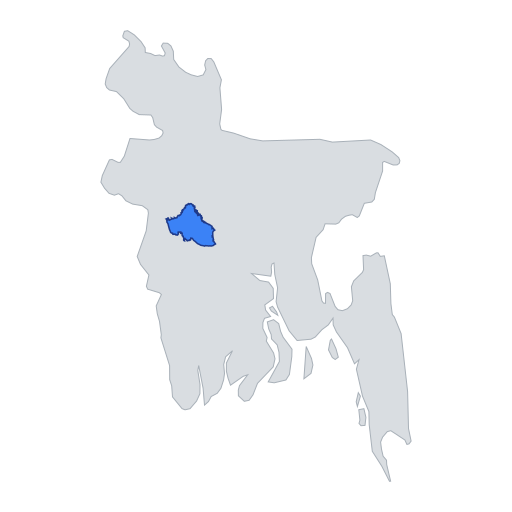 Pabna, Rajshahi, Bangladesh shown in context
{"feature_id": "16705992B46384724638491", "entity_name": "Pabna", "entity_type": "district", "adm_level": 2, "iso_a3": "BGD", "parent_name": "Bangladesh", "parent_adm1": "Rajshahi", "projection": "robinson", "projection_center": [89.41, 24.081], "detail": "fine", "context": "in_parent", "style": "filled", "palette": "blue", "viewbox_px": 512, "rotation_deg": 0, "n_neighbors": 0, "source": "geoboundaries", "source_scale": "gbopen_adm2", "svg_char_len": 9085}
<svg xmlns="http://www.w3.org/2000/svg" viewBox="0 0 512 512"><path d="M169.7,379.7L169.6,365.6L160.9,337.8L161.3,334.7L159.5,321.3L157.3,313.8L156.2,305.9L161.4,294.5L159.3,292.7L147.7,289.2L146.4,286.3L148.9,275.0L140.5,264.4L137.2,256.5L146.2,230.9L148.4,213.1L147.8,209.7L142.3,205.7L132.7,204.1L125.9,200.8L121.9,195.8L118.5,193.7L114.4,195.2L109.0,193.3L104.6,188.3L100.9,182.2L102.3,175.6L109.4,159.9L112.0,159.4L118.1,162.4L120.3,162.4L124.3,156.2L130.0,138.5L149.5,140.0L154.1,139.5L159.0,138.1L161.7,135.8L163.1,133.0L162.6,130.5L156.7,127.2L154.4,124.7L152.7,117.6L150.9,115.0L139.2,114.6L133.1,111.3L129.8,108.4L123.8,98.8L116.5,91.6L109.4,90.0L106.7,87.6L105.2,84.0L106.1,78.7L109.7,68.5L129.1,46.5L129.6,44.0L128.9,41.2L123.2,37.7L122.8,35.9L124.4,31.3L127.7,30.7L134.3,34.9L141.1,41.7L145.1,47.8L145.3,52.5L150.6,53.5L155.0,55.6L159.5,55.0L162.5,56.1L164.5,55.7L165.2,53.0L161.4,46.0L163.2,43.1L167.7,43.3L170.9,45.9L173.3,51.2L173.7,59.5L178.9,67.0L185.7,72.3L191.1,74.8L197.6,76.5L203.2,74.9L205.9,69.6L204.7,65.0L205.6,60.8L207.8,58.5L211.2,58.6L213.8,61.9L221.4,79.8L219.9,87.8L221.6,109.5L219.7,123.9L220.9,129.4L222.1,130.4L233.6,133.1L250.1,138.8L262.7,140.9L319.9,139.3L332.4,142.1L370.6,140.0L381.0,144.6L392.3,152.0L398.7,157.6L399.9,160.7L399.2,163.4L397.1,164.9L393.2,165.0L384.2,161.4L382.6,162.4L382.6,171.0L375.4,192.6L374.3,199.3L371.8,202.0L364.3,203.3L359.3,215.9L357.3,217.5L352.3,214.7L349.2,215.2L345.4,216.3L341.5,219.2L338.8,222.8L335.8,224.1L325.1,223.8L323.1,229.7L316.1,237.3L311.4,257.6L311.7,263.8L317.7,280.0L321.9,300.9L323.5,303.1L325.5,303.3L325.6,293.6L327.5,292.4L330.0,293.5L335.1,306.4L337.9,309.7L342.4,310.7L347.5,308.7L351.2,304.9L352.7,300.8L351.4,286.7L353.7,280.9L362.4,272.4L363.6,269.7L363.0,255.6L366.3,255.1L370.7,256.2L376.3,252.9L378.0,252.8L380.3,256.4L384.3,255.8L390.3,283.8L390.9,303.6L392.3,314.6L394.4,317.1L401.1,333.6L407.6,391.7L408.5,428.5L411.1,441.1L409.0,443.9L406.9,444.4L404.9,440.0L390.8,430.7L387.3,431.6L382.6,437.1L380.6,442.1L381.5,449.2L383.1,456.2L386.5,460.2L386.7,464.6L390.6,481.2L389.5,481.3L381.8,466.2L372.3,451.3L369.2,424.7L368.9,411.6L362.5,396.1L356.4,369.2L359.0,359.7L354.5,363.8L347.5,347.7L336.4,331.9L333.2,324.9L333.0,318.1L328.3,324.9L321.9,329.7L315.3,337.0L311.0,339.2L297.1,340.5L289.1,330.8L277.6,307.1L276.1,301.7L277.6,287.8L274.8,274.6L274.0,263.0L272.0,264.0L271.2,267.2L271.6,272.1L270.8,276.2L251.5,273.5L259.8,280.5L268.6,282.1L273.2,288.3L273.5,298.6L264.8,304.9L265.6,310.1L270.6,316.5L264.5,318.3L262.9,322.5L262.8,328.4L267.1,337.5L266.3,341.1L273.6,353.0L275.0,358.8L273.2,366.9L257.5,383.3L253.0,394.8L249.1,400.3L244.3,401.3L238.4,395.8L238.3,390.1L239.5,385.6L247.7,374.8L243.2,376.3L230.5,385.2L228.0,378.0L226.4,371.2L226.4,363.0L232.5,350.7L225.6,356.8L223.7,364.5L224.5,373.5L223.6,379.9L220.9,388.3L217.2,393.3L211.2,396.5L208.5,401.5L204.5,405.1L203.1,388.3L198.7,365.5L197.8,370.4L200.0,384.5L199.9,393.7L196.6,401.0L190.0,408.7L185.0,409.8L182.0,408.6L172.5,396.9L171.7,385.8L169.7,379.7ZM285.9,380.0L274.2,382.8L268.2,381.9L279.4,361.5L279.0,352.3L277.2,344.9L271.5,338.9L271.2,334.6L268.7,328.8L267.3,321.9L273.6,319.7L278.7,323.6L280.6,331.4L283.1,337.2L292.0,349.2L291.8,356.6L289.4,374.5L285.9,380.0ZM311.0,373.4L303.9,378.8L306.2,346.5L311.5,358.5L312.9,365.0L311.0,373.4ZM338.3,357.2L335.2,359.5L332.3,357.5L328.5,349.9L330.3,340.3L331.5,339.0L336.0,348.8L338.3,357.2ZM365.0,425.4L361.0,425.7L359.0,423.4L359.9,420.2L358.8,409.7L363.9,408.7L365.9,417.4L365.0,425.4ZM360.4,396.1L357.4,406.5L356.2,401.8L358.3,392.7L360.4,396.1ZM276.6,312.0L277.8,315.3L271.3,311.0L269.5,307.9L272.5,306.3L276.6,312.0Z" fill="#d9dde1" stroke="#a8b0b8" stroke-width="1"/><path d="M190.1,240.2L190.3,239.1L190.3,239.5L190.7,239.6L190.8,239.3L190.7,238.9L190.8,238.1L192.2,238.3L192.5,238.6L193.7,240.4L195.3,241.5L196.5,242.7L197.7,243.7L199.8,244.6L200.2,245.0L200.9,245.3L201.4,245.4L202.1,245.5L203.3,245.7L204.0,245.9L204.7,246.1L204.9,246.0L205.2,245.7L205.5,245.6L206.7,245.8L207.7,245.8L208.5,246.0L209.0,246.0L209.9,245.8L210.9,246.0L211.4,246.0L212.0,245.8L213.0,245.6L213.6,245.2L214.1,244.7L214.7,244.5L215.2,244.1L215.5,244.0L215.4,243.6L214.1,242.2L214.0,241.5L213.8,241.4L213.5,240.7L213.3,240.7L213.2,241.5L213.0,241.0L213.3,240.4L213.1,240.1L213.2,239.7L213.5,239.5L213.4,239.3L213.2,239.2L213.2,238.9L213.3,238.7L213.1,237.8L213.0,237.1L212.5,237.1L212.2,237.0L212.4,236.4L212.3,236.0L212.2,235.9L212.4,235.8L212.6,235.6L212.8,235.6L212.7,233.0L212.8,232.1L213.2,231.3L214.0,230.6L214.7,230.1L213.9,229.6L213.7,229.3L213.3,228.9L213.4,228.6L213.1,228.4L213.4,228.4L213.2,228.1L212.7,228.2L212.1,228.5L212.2,227.9L212.0,226.8L212.1,226.7L212.0,226.3L211.7,226.1L211.0,225.7L210.6,225.3L209.5,224.7L209.1,224.4L208.6,224.6L207.7,223.7L207.4,223.6L207.1,223.6L206.9,223.6L206.1,223.2L205.9,222.7L205.3,222.7L205.3,222.4L204.9,222.5L204.5,222.3L204.3,222.6L203.8,222.5L203.6,222.1L203.6,221.9L204.0,222.0L204.2,221.6L203.7,221.2L203.2,221.0L203.1,221.4L203.0,221.5L202.9,221.4L203.0,221.0L202.9,220.9L202.8,221.1L202.6,221.0L202.4,221.1L202.3,220.9L202.1,221.0L202.0,220.6L201.8,220.5L201.9,220.1L201.7,219.7L201.3,219.1L201.7,219.0L201.8,218.7L201.4,218.2L201.7,217.9L202.1,218.2L202.2,217.8L202.2,217.7L201.9,217.4L201.4,217.5L201.0,217.2L200.9,216.7L201.0,216.4L201.3,216.4L201.5,216.2L201.4,215.8L201.2,215.7L200.9,215.8L200.5,215.6L200.5,215.4L200.4,215.2L200.2,214.6L200.1,214.3L199.9,214.2L199.7,214.4L199.3,214.4L199.4,214.2L199.2,214.2L198.9,214.4L199.0,214.7L198.9,214.8L199.0,215.1L198.9,215.3L198.4,215.2L198.2,215.3L197.8,215.5L197.7,215.3L197.8,215.2L197.7,214.9L197.6,215.0L197.7,214.9L197.6,214.6L197.7,214.4L197.4,214.3L197.3,213.6L197.4,213.9L197.6,213.8L197.8,213.8L197.9,214.0L198.1,214.1L198.4,213.7L198.4,213.3L198.1,212.9L197.9,212.9L197.9,213.1L197.7,213.2L197.3,213.2L197.0,213.2L196.8,213.4L196.3,213.1L196.2,212.9L196.9,212.9L196.9,212.6L197.1,212.4L197.3,211.9L197.3,211.7L197.1,211.0L197.2,210.7L196.8,210.6L196.7,210.4L196.4,210.2L196.4,210.6L196.0,210.7L195.9,210.8L195.7,211.2L195.8,211.5L195.2,211.5L195.1,211.8L194.8,211.6L194.8,211.1L195.0,210.5L195.1,210.3L195.1,210.2L194.9,209.9L194.7,209.9L194.8,209.3L194.5,209.1L194.6,208.7L194.6,208.4L194.3,208.3L194.3,208.1L194.6,207.9L194.5,207.7L194.4,207.6L194.4,207.4L194.6,207.5L194.9,207.2L194.7,207.1L194.7,206.9L194.4,206.5L194.6,206.5L194.6,206.4L194.4,206.5L194.3,206.4L194.4,206.0L193.8,205.9L193.8,206.0L193.6,206.0L193.4,206.2L193.2,206.0L193.0,205.9L193.1,205.5L193.1,205.4L193.2,205.2L193.0,204.8L192.8,204.8L192.6,205.1L192.5,204.9L192.1,204.6L191.8,204.5L191.6,204.8L191.7,204.3L191.7,204.0L191.6,203.9L191.3,203.9L190.9,203.6L190.7,203.6L190.4,203.7L190.2,203.9L190.0,204.0L189.8,204.0L189.7,203.9L189.0,203.7L189.0,203.9L188.9,203.8L188.7,204.0L188.6,203.8L187.9,203.8L187.7,203.6L187.8,203.8L187.6,204.1L187.7,204.3L187.6,204.5L187.2,205.0L186.9,205.0L186.7,204.8L186.4,205.0L186.2,205.4L185.6,205.4L185.4,206.4L185.6,206.9L185.5,207.4L185.2,207.2L184.9,207.4L184.7,207.6L184.7,208.1L184.3,208.1L184.1,208.7L183.8,209.1L183.6,209.2L183.4,209.9L183.0,209.8L182.8,209.6L182.5,209.7L182.3,210.0L182.2,210.3L181.9,210.7L181.9,211.1L182.4,211.1L182.5,211.3L182.3,212.1L181.9,212.0L181.7,212.5L181.6,212.8L181.4,212.9L181.2,212.7L181.0,212.8L181.2,213.3L181.3,213.6L181.0,213.9L180.8,214.6L180.4,214.9L180.3,215.0L180.0,214.9L179.8,215.0L179.7,215.2L179.4,215.2L179.1,215.7L178.8,215.4L178.5,215.5L178.1,215.5L177.9,215.9L177.6,216.1L177.3,216.6L177.2,217.2L176.8,217.6L176.8,217.8L176.3,217.8L175.9,218.0L175.6,218.1L175.3,217.9L175.1,218.0L174.8,217.8L174.9,218.1L174.3,218.2L174.2,218.1L173.8,218.2L173.7,218.3L173.6,218.7L173.2,218.6L172.7,218.9L172.4,218.8L172.1,218.3L171.9,218.3L171.7,218.2L171.8,218.4L171.7,218.6L171.7,219.1L171.3,219.3L170.8,219.4L170.1,219.4L169.7,219.7L169.7,219.9L169.8,220.1L169.4,220.3L169.1,220.2L168.6,219.7L168.4,219.0L168.5,218.3L168.3,218.0L168.0,217.9L167.5,218.5L167.1,218.7L166.8,218.7L166.1,219.0L166.6,219.4L166.8,219.6L167.1,219.5L167.3,219.6L166.1,219.9L166.5,220.0L167.3,219.9L167.3,220.0L167.2,220.3L166.5,220.0L166.9,220.5L167.0,221.0L167.0,221.5L166.8,221.9L167.2,222.4L167.5,223.0L168.1,224.0L168.1,224.5L168.3,225.0L168.4,225.6L169.5,229.6L170.5,231.8L170.5,232.1L171.1,232.8L171.7,233.1L172.3,233.1L172.7,233.3L172.8,233.9L172.9,234.3L173.8,234.3L174.8,234.1L175.2,234.2L175.2,234.4L175.6,234.8L175.9,234.7L176.3,235.0L176.8,235.0L177.1,234.9L177.3,235.1L177.7,234.9L178.1,234.3L178.3,234.0L178.4,233.9L178.3,233.7L178.2,233.7L178.4,233.3L178.3,233.1L178.2,233.0L178.1,232.8L178.2,232.1L179.7,232.1L180.3,232.0L180.8,232.0L180.8,233.4L181.1,233.4L181.7,233.0L182.2,233.2L182.1,234.5L182.1,235.3L182.4,235.9L182.6,235.9L182.7,236.0L182.9,236.3L183.2,236.3L183.3,237.2L183.4,237.5L183.5,237.7L183.8,238.0L183.7,238.9L183.6,240.1L184.0,240.6L184.5,240.8L184.4,240.4L184.4,240.2L184.7,238.8L184.8,238.6L185.0,238.5L185.3,239.2L185.9,239.4L186.1,239.6L186.7,239.8L186.7,240.2L187.0,240.7L187.3,240.9L188.5,240.5L189.6,239.8L189.8,239.9L189.9,240.3L190.1,240.2Z" fill="#3b82f6" stroke="#1e3a8a" stroke-width="1.5"/></svg>